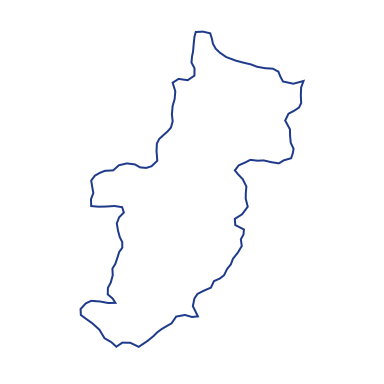 Tocos do Moji, Minas Gerais, Brazil (Natural Earth projection), rotated 95°
{"feature_id": "56859067B62274754199579", "entity_name": "Tocos do Moji", "entity_type": "district", "adm_level": 2, "iso_a3": "BRA", "parent_name": "Brazil", "parent_adm1": "Minas Gerais", "projection": "natural_earth1", "projection_center": [-46.147, -22.358], "detail": "fine", "context": "isolated", "style": "outline", "palette": "blue", "viewbox_px": 384, "rotation_deg": 95, "n_neighbors": 0, "source": "geoboundaries", "source_scale": "gbopen_adm2", "svg_char_len": 1931}
<svg xmlns="http://www.w3.org/2000/svg" viewBox="0 0 384 384"><g transform="rotate(95 192 192)"><path d="M275.2,264.6L281.9,263.7L289.2,265.0L294.8,267.4L301.4,267.0L305.0,261.8L309.1,258.7L309.9,265.8L309.1,273.9L309.2,282.9L312.2,288.1L318.3,292.8L324.2,292.0L327.6,286.5L331.4,280.0L337.2,272.3L345.3,266.4L348.6,259.3L352.7,253.9L348.1,248.2L347.6,240.3L350.9,231.6L344.4,223.5L339.0,217.9L334.9,214.5L331.2,210.3L328.1,206.0L324.7,201.0L317.5,196.9L315.1,188.3L316.5,181.2L315.4,175.3L310.9,178.0L305.6,181.2L297.8,180.3L293.0,177.6L289.2,171.5L285.6,164.8L278.9,162.4L275.8,156.8L272.1,152.8L265.6,150.3L260.7,147.0L255.0,145.4L248.3,141.0L241.5,137.7L234.9,139.2L229.8,137.0L224.8,137.0L221.2,146.0L215.0,147.0L209.8,140.1L201.8,135.2L194.0,137.9L188.4,138.3L181.8,138.3L174.8,142.6L170.5,147.5L166.7,151.2L161.4,147.8L157.8,141.3L154.9,136.7L155.1,129.3L154.3,123.4L155.4,115.3L155.9,108.0L152.5,103.4L149.7,96.2L144.8,95.0L140.1,94.6L134.4,97.9L128.1,99.1L121.0,99.9L112.7,105.4L105.6,102.7L102.0,97.1L98.6,92.8L93.9,91.0L86.4,92.0L78.4,92.4L71.7,90.6L75.3,100.5L74.0,111.0L69.2,114.1L64.6,116.4L62.1,122.2L62.3,129.9L61.6,137.9L59.7,144.7L58.7,151.9L57.3,159.9L54.6,169.7L50.9,176.2L47.2,180.9L42.4,184.1L37.7,185.5L32.3,187.7L31.3,195.1L32.3,202.2L37.2,203.1L44.9,203.2L52.0,203.2L57.1,203.8L63.1,203.8L68.5,200.3L75.8,199.7L81.0,206.0L80.5,215.2L84.8,220.8L93.2,217.4L101.0,217.4L107.9,218.8L116.5,218.8L123.2,217.4L129.7,218.6L133.9,221.7L138.1,225.7L142.0,229.3L146.8,231.2L154.3,230.9L163.9,229.3L169.9,234.6L172.0,239.7L172.0,245.8L169.5,251.3L169.2,259.4L171.7,267.1L177.3,272.4L178.5,280.6L181.1,285.7L184.2,290.2L189.4,293.4L195.8,291.8L201.6,290.2L208.1,292.0L214.8,291.2L214.8,283.9L214.0,276.6L212.7,268.0L213.2,260.3L218.4,258.1L223.6,262.4L229.9,264.2L237.4,262.2L243.3,260.0L248.0,257.1L253.6,256.6L258.1,259.3L262.7,260.3L270.3,262.1L275.2,264.6Z" fill="none" stroke="#1e3a8a" stroke-width="2"/></g></svg>